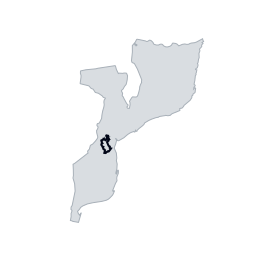 location of Chibabava, Sofala, Mozambique, rotated 12°
{"feature_id": "85939544B25886081823580", "entity_name": "Chibabava", "entity_type": "district", "adm_level": 2, "iso_a3": "MOZ", "parent_name": "Mozambique", "parent_adm1": "Sofala", "projection": "robinson", "projection_center": [33.963, -20.299], "detail": "medium", "context": "in_parent", "style": "outline", "palette": "ink", "viewbox_px": 256, "rotation_deg": 12, "n_neighbors": 0, "source": "geoboundaries", "source_scale": "gbopen_adm2", "svg_char_len": 5112}
<svg xmlns="http://www.w3.org/2000/svg" viewBox="0 0 256 256"><g transform="rotate(12 128 128)"><path d="M81.8,174.9L83.3,173.6L93.5,161.5L94.1,161.0L93.3,159.0L94.6,156.7L94.8,153.0L95.2,152.4L96.7,151.2L98.9,147.5L100.2,144.6L100.4,143.2L98.4,139.2L97.8,137.1L98.4,135.3L98.6,133.5L98.4,133.0L97.2,132.2L97.0,131.5L97.0,130.6L97.2,130.1L98.7,129.3L99.0,128.8L100.2,124.2L99.8,120.7L99.7,116.7L100.0,112.6L99.9,110.3L99.0,107.6L98.9,105.7L99.5,104.3L99.7,103.5L97.4,103.1L96.2,102.0L91.9,100.2L88.6,100.0L85.9,97.3L83.7,96.9L80.9,94.9L72.2,94.6L71.9,94.3L71.5,88.4L71.2,86.5L70.1,84.4L69.8,82.9L69.8,82.0L74.7,79.8L84.2,76.8L86.2,75.8L102.4,69.7L102.9,70.1L104.5,73.2L107.2,76.7L107.8,76.2L111.7,75.6L112.3,75.2L113.5,74.9L114.8,74.7L115.3,74.9L116.7,77.0L117.2,81.1L117.2,83.8L117.1,85.8L115.9,88.1L115.1,90.9L113.9,92.5L113.9,93.2L115.3,94.9L115.6,95.6L115.5,97.1L115.7,97.7L116.9,98.6L117.9,100.0L121.4,104.1L122.3,104.9L123.0,105.1L123.3,105.9L123.1,106.8L122.6,107.4L122.8,108.1L123.4,108.7L125.1,108.6L125.3,108.4L125.2,104.7L124.6,102.6L123.9,101.6L125.3,97.7L126.0,96.6L128.7,96.2L129.9,95.8L130.4,95.3L130.8,94.1L131.1,90.6L131.2,87.3L130.9,85.4L131.3,82.5L131.9,80.7L131.6,80.4L131.4,78.0L124.9,68.3L121.1,63.9L120.5,63.5L118.4,63.1L117.4,61.5L116.5,52.8L115.1,46.5L117.3,42.4L118.0,39.7L118.4,39.3L120.3,39.2L126.8,39.2L128.4,39.5L129.1,39.2L130.8,37.6L132.2,37.6L134.1,38.7L135.1,39.6L135.3,40.3L136.5,40.8L138.9,40.9L140.6,40.5L141.7,39.6L142.8,39.1L143.9,39.0L144.8,39.4L145.4,40.0L146.6,40.5L148.3,40.8L150.1,40.4L152.2,39.2L153.3,38.0L153.9,35.9L154.3,35.6L157.1,35.4L158.7,35.8L160.6,37.1L163.9,34.8L166.1,34.0L168.1,34.0L169.8,33.5L171.1,32.4L172.4,31.7L175.2,30.8L177.1,29.7L182.4,25.2L183.0,26.5L184.0,27.7L182.6,29.0L183.8,29.8L182.9,31.1L182.8,31.9L183.2,32.8L182.6,34.2L181.8,35.3L181.6,36.1L182.3,37.6L181.9,40.2L183.0,44.5L182.7,46.0L182.9,49.4L182.5,50.6L183.1,51.1L183.5,52.4L183.2,54.8L182.0,55.8L181.9,56.8L183.3,56.8L183.3,59.8L183.1,60.7L183.5,61.7L183.0,62.8L183.5,67.6L183.5,71.1L183.6,71.6L184.8,72.2L184.8,73.2L184.0,74.4L184.1,76.3L185.0,74.8L185.5,74.8L186.0,75.4L186.0,77.5L186.2,78.6L186.1,79.5L184.6,81.2L184.5,82.9L184.0,83.1L183.7,83.5L184.1,84.5L184.0,85.4L183.0,88.0L178.0,94.4L177.9,95.4L176.6,97.4L175.3,97.8L174.5,98.3L175.1,100.1L168.5,104.6L167.8,105.2L166.7,106.8L164.5,107.7L162.2,107.8L161.8,108.1L156.4,110.2L155.4,111.2L153.1,112.1L149.5,114.3L146.6,116.4L143.2,119.6L142.8,121.3L141.2,123.5L138.9,126.2L137.4,128.4L137.4,129.3L136.5,129.6L135.8,128.7L135.5,130.5L134.9,130.6L134.3,130.2L131.4,132.1L129.1,134.3L126.0,138.4L121.5,142.4L120.4,142.5L119.0,141.1L118.2,141.0L119.4,142.5L119.3,145.9L118.7,149.8L118.8,150.7L121.8,154.9L123.3,159.7L123.4,162.3L124.9,165.5L125.6,170.3L125.4,174.8L126.1,175.5L126.4,174.9L126.5,172.1L126.9,171.3L127.3,171.4L127.7,172.9L127.9,174.6L127.3,178.1L127.4,179.5L128.2,181.9L127.3,184.7L126.0,192.4L126.3,192.9L126.9,193.0L127.2,192.2L127.6,192.2L127.8,192.7L127.2,195.7L126.7,197.1L124.7,200.3L123.6,201.7L121.9,203.1L117.7,205.2L109.4,208.3L104.1,210.7L100.0,213.6L98.2,215.5L97.4,217.7L96.0,220.0L97.2,222.0L98.8,223.3L99.5,221.1L99.9,221.0L99.2,230.6L93.5,230.8L91.8,230.4L90.9,230.5L90.8,226.5L90.1,223.5L90.4,221.4L90.3,220.2L89.1,219.4L88.8,217.1L89.5,215.4L89.4,200.7L87.4,193.6L84.6,188.4L84.5,185.9L83.2,180.2L81.8,174.9ZM118.7,46.0L119.4,45.6L119.5,44.9L119.0,44.5L118.6,44.6L118.4,45.7L118.7,46.0ZM118.2,44.6L117.7,44.1L117.3,44.2L117.1,44.7L117.5,45.3L118.0,45.3L118.2,44.6Z" fill="#d9dde1" stroke="#a8b0b8" stroke-width="1"/><path d="M110.1,139.7L108.4,139.7L108.3,139.9L108.4,140.0L108.5,140.2L108.6,140.4L108.6,140.6L109.1,140.8L109.3,141.3L109.3,141.6L109.5,141.9L109.3,142.2L109.2,142.9L109.3,143.9L108.9,144.1L108.7,144.4L108.6,144.7L108.4,144.7L108.1,144.5L107.6,144.0L107.4,143.9L107.2,144.1L106.9,144.0L106.8,143.8L106.7,144.1L106.5,144.3L106.3,144.2L106.3,144.3L106.1,144.6L105.9,144.6L105.8,144.8L105.7,144.8L105.7,144.7L105.5,144.8L105.2,145.4L104.9,145.4L104.8,145.6L104.5,145.7L104.5,145.9L104.5,146.1L105.3,146.9L105.6,147.9L105.9,148.1L105.7,148.2L105.5,148.4L105.4,148.4L105.4,148.7L105.7,149.1L105.4,150.0L106.9,151.5L107.5,151.5L107.4,151.7L107.3,152.2L107.5,152.5L108.1,152.8L108.2,153.6L108.3,153.7L108.8,153.9L109.1,154.0L109.3,154.0L109.5,154.0L109.8,154.4L109.9,154.7L110.1,154.7L110.1,155.6L110.0,157.3L110.9,157.3L111.6,156.9L111.7,156.6L111.9,156.1L112.2,155.9L112.4,155.6L112.8,155.5L112.9,155.2L113.0,155.0L113.3,155.0L113.5,155.2L113.8,155.0L113.9,154.7L114.2,154.7L115.4,152.2L115.7,151.5L115.2,151.5L114.8,151.7L114.4,151.4L114.5,151.3L114.2,151.1L114.2,150.7L114.1,149.9L113.7,149.8L113.5,149.7L113.0,149.6L112.6,149.3L110.5,146.3L110.4,146.1L110.5,145.9L110.9,145.5L110.9,145.4L111.1,145.2L111.2,144.9L111.3,144.8L111.4,144.5L111.4,144.3L111.5,144.3L111.5,144.2L111.6,143.9L111.7,143.7L111.8,143.5L111.7,143.3L111.9,143.1L111.7,143.0L111.6,142.6L111.1,142.5L110.9,142.7L110.7,142.3L110.6,142.2L110.4,142.2L110.1,141.8L110.2,141.6L110.2,141.3L110.3,141.2L110.2,141.2L110.2,140.9L110.1,140.4L110.1,140.2L110.1,139.7Z" fill="none" stroke="#020617" stroke-width="2"/></g></svg>